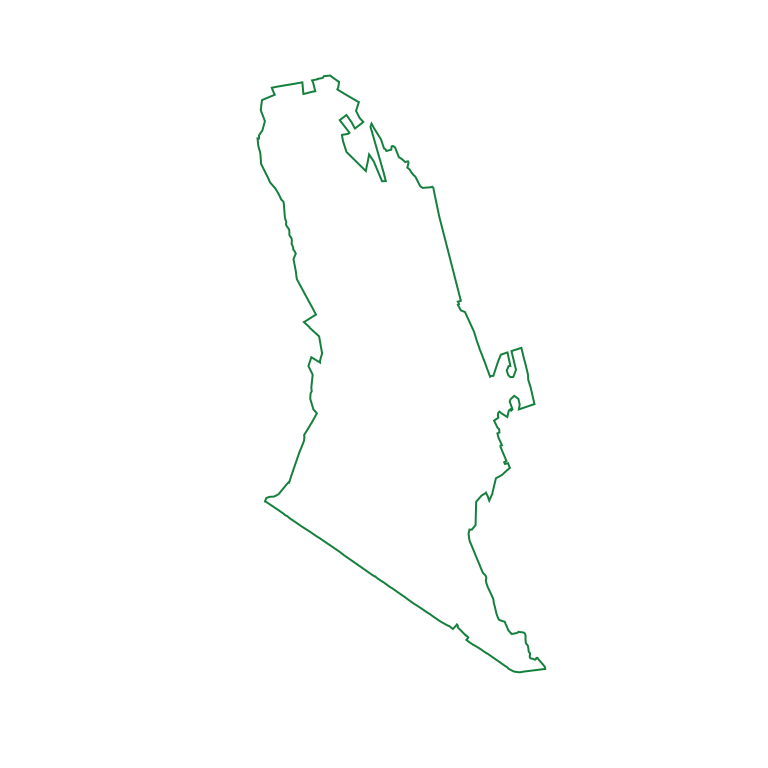 outline of Salnavas pag., Karsavas, Latvia, rotated 77°
{"feature_id": "27541924B78663906556024", "entity_name": "Salnavas pag.", "entity_type": "district", "adm_level": 2, "iso_a3": "LVA", "parent_name": "Latvia", "parent_adm1": "Karsavas", "projection": "natural_earth1", "projection_center": [27.552, 56.809], "detail": "fine", "context": "isolated", "style": "outline", "palette": "green", "viewbox_px": 768, "rotation_deg": 77, "n_neighbors": 0, "source": "geoboundaries", "source_scale": "gbopen_adm2", "svg_char_len": 6021}
<svg xmlns="http://www.w3.org/2000/svg" viewBox="0 0 768 768"><g transform="rotate(77 384 384)"><path d="M79.9,438.9L81.5,439.6L89.4,442.5L101.1,440.9L109.8,445.6L110.6,446.6L111.5,447.7L112.8,449.0L113.4,449.6L113.7,449.9L115.2,450.2L116.6,450.6L116.8,450.8L116.6,451.1L116.3,452.0L123.8,452.9L130.1,452.6L132.1,452.7L139.8,453.9L140.8,454.2L141.3,454.3L143.0,454.0L157.5,450.5L161.5,449.8L162.9,449.2L165.4,447.8L167.1,447.0L169.2,445.8L174.4,444.2L176.9,443.5L180.4,442.8L181.2,442.6L181.9,442.2L183.6,441.0L185.3,441.0L199.3,443.1L201.6,443.1L203.0,442.8L204.1,442.8L205.3,443.1L205.9,443.5L206.2,443.6L206.8,443.6L207.4,443.5L209.9,442.6L212.1,441.7L212.4,441.7L214.7,442.0L216.6,442.5L217.3,442.6L217.9,442.6L219.0,442.3L220.5,441.6L222.0,441.3L224.6,441.8L226.4,442.5L226.7,442.5L228.1,442.1L229.1,442.0L229.8,442.0L230.8,441.8L231.1,441.8L232.0,442.1L232.6,442.2L234.3,441.3L235.6,441.0L236.9,440.6L237.1,440.7L237.5,440.9L241.8,444.0L242.1,444.1L255.2,444.6L259.0,445.1L259.7,445.1L261.1,445.3L261.8,445.3L263.5,445.0L270.3,443.1L279.9,440.5L294.1,436.5L301.1,434.7L301.9,437.2L305.7,448.1L311.7,443.9L312.3,443.9L323.0,436.5L339.5,437.4L339.8,437.2L347.1,441.2L348.7,441.5L341.6,448.8L349.5,453.6L358.9,451.4L371.0,455.6L374.9,456.1L376.7,457.7L381.8,459.2L392.9,458.5L397.4,456.0L398.5,456.9L405.4,463.1L407.4,465.2L408.2,465.8L410.8,468.4L413.9,471.5L415.9,473.4L416.3,473.4L416.9,473.4L417.1,473.3L421.1,474.6L423.3,476.0L431.5,481.8L452.8,495.1L458.1,498.2L457.8,498.3L460.4,502.1L467.6,511.4L468.6,514.8L468.9,516.4L468.9,517.0L468.7,517.9L468.3,520.5L468.2,521.0L468.6,524.4L471.7,526.4L472.2,525.5L483.4,515.0L488.2,510.7L488.8,510.4L489.2,510.2L489.5,509.9L490.8,508.2L491.3,507.8L493.2,506.4L493.9,505.8L495.4,504.5L495.6,504.2L503.7,496.8L511.7,489.0L517.7,483.5L519.4,481.7L525.8,475.8L537.3,465.2L541.0,462.1L541.3,462.0L549.5,454.5L567.2,438.6L569.0,436.8L569.2,436.7L569.6,435.7L570.6,435.1L572.5,433.6L574.4,431.7L575.4,430.9L577.7,428.5L578.4,428.0L583.9,423.1L584.6,422.2L587.6,419.5L589.7,417.7L596.6,411.4L598.9,409.5L605.3,403.8L605.8,403.2L611.5,397.7L617.3,392.4L618.3,391.2L620.1,389.7L621.6,388.4L622.4,387.8L623.2,386.9L627.4,383.1L629.6,380.8L633.8,376.1L634.0,375.8L634.3,375.1L638.2,372.0L635.5,368.0L634.7,367.1L635.8,366.5L637.9,366.8L641.8,364.3L647.1,361.1L647.0,360.9L649.8,358.9L650.3,359.2L651.9,361.3L652.0,361.2L654.6,359.1L658.2,355.7L659.6,354.0L664.5,349.1L666.9,347.1L670.6,343.3L688.4,327.2L689.4,326.8L693.2,322.4L693.8,321.1L694.3,319.9L695.5,316.4L695.7,312.0L697.9,291.0L696.1,290.9L695.6,291.0L692.9,292.3L686.9,295.5L685.8,295.9L685.3,296.2L685.2,296.4L685.2,296.7L685.2,297.1L686.2,297.9L686.5,298.3L686.6,298.8L686.4,299.3L685.2,300.8L685.0,301.3L684.4,302.8L684.2,303.0L683.8,303.3L683.0,303.4L682.3,303.3L681.4,303.0L680.3,302.5L679.2,302.3L678.8,302.5L677.6,303.1L677.4,303.2L673.9,302.8L671.9,302.7L671.3,302.8L670.7,302.9L669.0,303.9L668.1,304.0L664.7,303.6L663.1,303.2L661.8,302.8L660.9,302.7L659.3,302.7L658.4,303.1L657.7,303.7L657.1,305.0L656.3,307.3L655.8,308.5L655.8,308.8L656.2,309.6L656.5,310.5L656.5,312.0L656.4,313.9L656.4,315.7L656.3,315.8L656.1,316.1L655.1,316.4L654.5,316.9L652.5,318.0L652.1,318.2L648.9,318.8L647.4,319.0L644.7,319.6L643.7,319.6L643.0,319.8L642.7,320.1L642.5,320.4L640.0,324.6L639.6,324.9L639.0,325.2L636.5,325.7L632.9,326.1L626.1,326.1L624.5,326.2L623.4,326.2L622.2,326.3L621.3,326.2L620.1,326.0L618.0,325.9L616.2,326.2L605.6,328.5L604.4,328.7L601.3,329.0L599.4,329.0L598.1,328.9L596.5,328.1L595.8,327.9L595.0,328.0L593.7,328.1L593.0,328.4L591.9,329.1L590.9,329.7L590.1,330.1L588.9,330.4L586.4,330.8L585.7,331.0L582.0,331.5L575.2,332.7L558.0,335.5L557.7,335.6L557.5,335.8L554.0,335.8L548.9,335.3L545.1,333.5L545.7,331.2L544.5,329.7L543.4,328.2L541.9,326.4L541.2,326.3L519.5,320.7L514.7,314.1L513.1,309.3L512.9,309.1L516.7,308.2L521.3,307.7L515.6,303.3L513.6,302.4L501.5,296.4L500.9,295.9L500.3,293.4L499.2,289.6L495.6,283.3L495.5,282.9L494.0,280.2L492.9,280.5L489.1,280.9L489.1,284.1L487.2,284.5L486.6,282.0L471.7,284.6L470.3,284.4L470.2,282.9L468.3,283.2L461.7,284.6L457.6,284.6L457.2,282.4L453.8,282.0L452.1,283.2L444.4,285.0L442.6,280.2L440.3,280.1L437.7,279.1L436.9,277.7L439.4,275.8L441.4,273.8L443.9,271.3L437.9,268.3L437.1,266.5L438.5,266.1L437.6,264.5L429.4,265.5L427.4,264.2L424.8,259.8L428.7,256.4L434.5,256.4L439.1,258.3L437.4,241.9L420.9,241.9L412.2,242.5L407.4,241.6L395.3,241.7L391.9,241.9L379.7,242.0L380.6,252.4L399.9,252.2L406.2,256.4L405.7,259.4L403.3,260.9L398.5,261.4L394.6,258.6L394.8,256.8L381.0,256.6L381.7,263.5L385.7,266.4L389.4,268.8L400.6,275.6L400.3,278.4L400.7,279.0L391.4,280.2L386.6,280.8L386.5,280.7L383.1,281.2L383.1,281.3L376.1,282.2L371.6,283.0L370.1,283.0L365.5,283.6L362.4,283.9L353.4,284.5L332.1,288.9L329.5,292.6L323.4,294.2L323.1,293.0L321.2,293.2L320.4,293.5L320.2,290.4L232.8,292.5L210.2,292.0L203.7,291.8L202.0,293.2L201.8,293.2L202.9,293.3L202.9,293.7L201.6,302.2L200.0,303.8L199.1,304.3L189.0,306.8L187.3,308.1L184.3,309.6L180.7,310.8L178.4,312.6L173.9,310.3L172.4,310.6L172.5,313.4L169.1,315.8L167.9,316.9L166.3,318.5L156.0,320.0L154.1,321.8L154.2,323.1L157.3,324.2L157.5,329.3L155.5,329.8L154.4,331.0L145.0,331.9L132.4,336.2L127.5,337.6L130.3,339.3L131.2,339.3L134.6,339.1L135.7,338.8L135.8,339.0L178.3,336.8L186.7,336.6L186.0,340.3L164.9,343.9L157.0,346.9L165.3,350.5L167.0,351.4L172.4,353.8L149.6,368.3L149.1,368.4L138.1,369.3L131.9,369.0L131.8,368.9L132.2,363.0L132.1,362.6L131.9,362.4L131.9,362.2L131.5,361.2L131.4,361.1L116.9,367.8L113.5,360.1L121.7,356.7L126.7,355.4L128.5,354.8L125.1,347.4L124.0,345.2L119.6,347.8L111.6,349.8L103.7,345.1L103.6,345.3L97.2,352.1L92.8,356.8L86.5,363.2L84.6,361.8L80.8,360.3L79.5,359.8L78.9,360.5L78.4,360.8L78.0,361.3L72.9,365.8L71.5,366.9L71.3,367.3L71.2,367.7L71.2,368.0L70.6,373.4L71.8,374.6L72.0,375.1L71.8,379.8L72.1,379.9L72.0,385.8L74.2,385.3L83.3,385.1L83.1,388.6L83.3,394.0L83.3,397.3L71.7,395.7L71.3,404.5L70.7,413.3L70.2,422.5L70.1,426.7L72.4,426.4L77.6,425.4L79.9,438.9Z" fill="none" stroke="#15803d" stroke-width="2"/></g></svg>